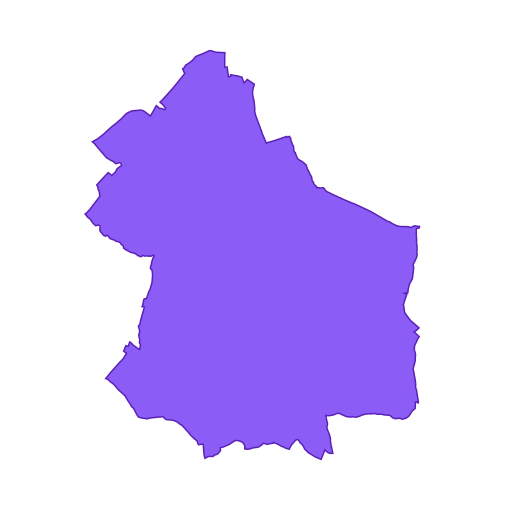 Botosana, Suceava, Romania, rotated 354°
{"feature_id": "2599482B9355615521199", "entity_name": "Botosana", "entity_type": "district", "adm_level": 2, "iso_a3": "ROU", "parent_name": "Romania", "parent_adm1": "Suceava", "projection": "albers", "projection_center": [25.936, 47.686], "detail": "fine", "context": "isolated", "style": "filled", "palette": "violet", "viewbox_px": 512, "rotation_deg": 354, "n_neighbors": 0, "source": "geoboundaries", "source_scale": "gbopen_adm2", "svg_char_len": 6091}
<svg xmlns="http://www.w3.org/2000/svg" viewBox="0 0 512 512"><g transform="rotate(354 256 256)"><path d="M398.3,424.3L399.4,417.9L400.5,417.9L401.8,418.9L402.1,419.6L402.2,417.9L401.6,406.2L401.0,403.7L401.3,400.8L401.5,397.1L401.4,396.0L400.5,384.5L403.3,377.3L404.4,370.2L404.0,368.1L403.7,365.6L404.1,362.7L405.1,360.4L407.0,357.6L407.4,356.5L408.0,355.5L409.9,353.4L405.3,347.8L407.4,347.0L409.4,345.6L410.6,344.5L403.2,336.6L402.2,335.2L398.4,328.7L397.9,327.2L397.6,319.4L402.1,309.6L399.9,308.5L400.6,308.4L401.8,308.4L402.6,308.6L403.1,308.5L403.8,305.3L404.9,301.9L405.7,300.0L409.0,295.2L409.6,293.1L411.6,284.4L411.6,283.4L411.3,282.2L411.4,281.1L411.9,280.2L414.4,276.2L415.6,274.1L416.5,271.4L416.3,269.4L416.8,266.7L417.2,263.3L417.0,260.0L417.4,257.2L417.6,252.4L418.1,247.3L418.4,245.7L419.5,245.2L420.6,245.3L421.4,245.1L421.6,243.5L420.2,243.5L417.5,242.6L416.5,242.6L413.1,243.8L409.9,242.6L403.3,241.9L401.3,241.4L399.1,240.6L394.6,237.8L392.5,236.0L390.6,235.3L374.7,223.7L361.1,215.5L349.6,209.3L337.2,201.9L333.3,199.4L331.6,197.7L331.4,196.8L330.1,195.2L329.0,195.0L327.8,195.3L324.7,194.4L323.5,194.5L323.4,193.3L321.7,191.4L320.9,189.8L320.9,189.0L319.8,186.9L319.6,185.1L319.6,183.2L318.1,179.9L317.0,176.3L316.6,176.0L316.4,175.4L316.1,174.5L316.1,173.8L315.8,172.9L315.4,170.7L314.4,169.7L314.1,169.2L313.6,168.6L313.2,168.3L311.6,166.7L309.3,165.2L307.8,163.8L307.3,162.8L306.2,159.0L305.9,157.3L305.6,156.9L304.8,156.4L304.7,155.5L304.8,153.9L304.7,153.1L304.7,150.8L304.5,150.0L304.0,149.4L303.4,146.7L303.0,145.4L302.6,143.8L302.8,143.2L302.8,142.4L301.9,141.3L301.9,140.6L299.0,141.0L298.8,140.3L286.4,143.2L277.9,144.7L277.7,143.6L275.1,135.2L274.6,132.8L270.6,117.2L269.8,112.7L269.9,111.2L270.2,109.2L270.3,103.0L270.2,100.9L269.6,96.7L269.6,93.6L269.8,92.0L270.4,89.7L272.3,85.0L265.7,79.5L263.8,81.3L262.1,82.6L260.7,76.7L256.7,75.1L249.8,73.1L249.8,74.4L247.4,75.0L247.0,65.0L244.6,65.0L245.7,54.9L246.3,50.5L238.7,49.4L236.5,48.8L232.9,47.2L231.2,46.9L224.5,49.1L216.8,51.3L215.3,53.0L213.1,54.9L209.4,57.2L206.0,58.8L204.2,61.3L203.3,61.9L202.7,62.0L202.8,62.9L203.6,65.6L204.3,67.0L190.6,80.7L178.9,91.2L176.6,92.9L176.8,93.4L177.9,94.3L178.7,95.1L179.3,96.1L179.9,96.6L180.3,97.7L180.9,98.8L181.6,99.2L181.5,99.8L180.2,101.0L178.4,99.9L176.6,99.2L175.1,98.9L174.6,98.0L172.6,96.0L169.2,100.9L165.6,105.7L160.2,100.6L158.4,99.4L157.4,99.0L156.0,98.8L150.1,98.7L147.4,98.8L143.8,100.0L142.6,100.5L140.9,101.6L136.2,105.6L134.0,107.1L131.3,109.1L126.5,112.0L121.2,115.8L117.3,118.8L110.8,122.9L105.2,125.3L107.1,127.3L110.8,132.9L117.4,142.4L118.3,143.3L119.7,144.1L120.7,145.1L123.2,146.6L124.6,147.8L125.9,149.4L127.3,149.5L129.0,149.0L130.3,148.9L131.2,149.8L131.7,150.9L131.5,152.2L129.2,153.3L126.7,155.0L124.9,157.8L121.1,160.8L117.7,157.6L105.2,168.5L105.0,168.8L105.1,169.1L105.8,170.3L105.9,170.7L106.0,173.6L106.7,174.9L106.9,177.2L106.8,178.2L106.9,179.4L107.0,180.2L95.4,192.5L91.7,195.7L90.4,196.3L92.7,199.9L93.3,200.6L94.5,201.3L97.6,206.8L99.6,209.0L100.2,209.1L102.1,208.7L103.4,209.3L103.9,209.8L104.1,210.3L103.4,213.8L103.5,214.7L104.1,215.9L104.7,216.7L105.6,217.5L105.9,218.6L106.5,219.4L108.2,220.5L108.9,220.5L109.3,219.9L109.9,219.8L111.1,220.6L111.7,222.0L112.8,223.5L113.7,223.9L115.4,224.8L116.4,225.1L118.3,226.7L121.3,227.7L122.3,228.6L123.5,230.8L125.1,232.0L125.1,234.1L125.3,234.4L125.9,235.0L127.5,236.4L131.7,239.2L134.9,240.4L137.2,241.7L138.5,243.4L139.5,243.6L140.5,244.3L141.1,244.6L141.9,244.6L142.4,244.2L144.1,243.7L145.0,244.4L147.6,244.5L148.9,244.9L151.5,245.2L154.0,244.4L154.5,244.7L154.6,245.6L153.4,247.1L151.6,251.2L151.0,253.4L150.0,255.8L149.7,257.0L149.9,257.9L151.0,258.9L151.2,260.0L151.2,263.9L149.9,271.1L147.0,278.5L145.8,279.9L145.4,280.9L144.4,283.4L143.8,284.1L142.9,286.8L142.5,286.7L141.5,286.9L140.5,286.9L139.9,287.4L137.9,293.9L137.4,294.4L139.7,295.0L134.7,307.5L133.3,311.9L132.1,312.9L131.7,314.0L132.2,316.0L132.5,319.1L131.5,321.1L131.1,322.6L131.2,324.4L131.5,326.0L131.6,327.4L131.0,329.6L131.2,330.6L131.9,332.4L131.4,333.5L130.6,336.8L129.4,336.1L124.5,331.8L122.5,329.1L121.4,328.3L119.4,332.6L117.2,331.5L114.4,336.8L117.0,339.2L112.9,344.6L109.2,347.6L99.6,356.3L93.7,362.2L94.4,362.4L95.9,363.4L97.8,365.6L100.7,368.3L102.0,370.0L105.1,374.6L110.9,381.1L111.5,382.1L113.4,386.4L115.5,390.2L116.3,392.2L117.0,393.5L118.3,394.6L120.8,401.1L122.1,403.7L124.3,404.8L130.7,406.6L132.5,406.2L135.7,406.0L146.9,406.1L148.2,408.1L149.6,409.3L156.1,410.6L159.0,412.0L160.7,413.1L162.3,414.9L164.8,416.8L168.6,422.0L172.6,427.8L175.5,431.3L178.1,433.7L178.6,436.5L179.1,437.7L183.6,437.5L183.8,438.0L183.8,439.9L183.6,444.8L183.6,448.1L183.9,450.9L184.1,451.8L185.8,451.3L186.7,450.7L187.5,450.5L189.0,450.5L192.2,450.9L194.3,449.5L195.5,449.4L197.0,448.9L198.6,447.7L199.5,446.7L200.4,445.8L200.3,443.7L200.4,443.0L202.8,442.6L205.0,442.1L209.9,440.5L215.5,437.6L216.3,437.3L218.0,437.5L220.3,438.3L222.6,439.5L223.2,440.0L224.6,442.5L224.9,443.6L225.0,444.7L224.6,446.6L226.8,447.3L229.8,447.2L234.0,446.3L234.2,446.5L237.5,446.4L239.2,446.0L241.9,444.5L243.9,442.9L247.0,444.4L253.8,443.9L254.0,443.4L256.7,444.7L259.9,446.7L261.4,447.9L263.2,448.7L265.6,450.3L268.4,451.4L268.8,451.7L271.3,447.8L276.5,443.1L277.8,443.0L278.9,443.2L280.3,446.3L282.1,448.3L283.3,450.3L284.1,452.9L287.2,456.8L293.9,462.0L299.5,465.1L304.3,456.0L306.3,458.4L307.7,459.4L308.9,460.0L311.8,460.3L310.8,450.9L310.7,446.9L310.9,445.9L310.9,444.9L310.4,441.4L308.9,436.3L308.5,434.2L308.7,433.1L309.4,431.3L309.6,430.2L309.0,425.4L308.9,422.9L308.8,421.9L311.0,422.4L314.0,422.4L316.2,422.2L319.2,421.3L321.9,421.0L327.9,424.5L329.5,425.3L331.0,425.7L333.4,426.0L336.8,426.2L338.6,426.8L339.1,426.8L342.5,426.1L344.4,425.4L348.3,424.7L350.6,424.7L355.2,425.1L357.2,425.0L359.9,426.0L361.4,426.3L363.6,426.3L366.8,427.4L369.3,427.9L371.5,428.2L372.8,428.8L374.6,430.8L375.9,431.7L377.1,432.2L379.4,432.5L381.2,432.2L382.3,432.5L384.0,433.4L384.7,433.6L386.7,433.3L388.9,432.7L390.3,431.9L391.8,430.7L394.4,427.3L396.0,425.9L398.3,424.3Z" fill="#8b5cf6" stroke="#5b21b6" stroke-width="1.5"/></g></svg>